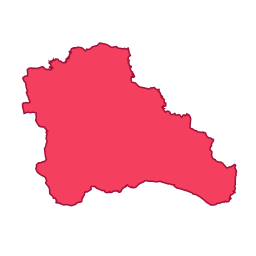 Wajo, Sulawesi Selatan, Indonesia, rotated 82°
{"feature_id": "22746128B4429389080756", "entity_name": "Wajo", "entity_type": "district", "adm_level": 2, "iso_a3": "IDN", "parent_name": "Indonesia", "parent_adm1": "Sulawesi Selatan", "projection": "albers", "projection_center": [120.188, -3.968], "detail": "fine", "context": "isolated", "style": "filled", "palette": "rose", "viewbox_px": 256, "rotation_deg": 82, "n_neighbors": 0, "source": "geoboundaries", "source_scale": "gbopen_adm2", "svg_char_len": 5799}
<svg xmlns="http://www.w3.org/2000/svg" viewBox="0 0 256 256"><g transform="rotate(82 128 128)"><path d="M192.1,209.5L192.5,207.4L193.2,206.3L193.1,205.3L193.7,205.1L195.1,202.9L195.5,198.4L196.7,196.2L197.0,194.4L196.4,191.0L196.0,190.0L195.2,189.8L195.2,188.7L194.8,187.3L194.4,187.0L194.8,186.2L194.7,184.7L194.0,183.9L192.3,183.6L191.6,183.0L191.0,183.1L190.4,182.2L189.3,181.7L188.3,180.6L186.1,180.0L185.1,178.9L185.6,178.5L185.6,177.4L183.9,173.4L183.3,172.9L181.5,173.2L180.9,172.5L181.2,168.8L182.1,168.6L182.5,168.2L182.4,167.8L183.3,167.4L186.6,161.8L186.5,160.3L187.9,159.8L188.9,158.8L189.2,156.1L188.5,155.2L189.2,154.8L189.5,153.7L189.1,152.0L188.3,151.2L188.7,149.7L188.7,148.9L188.3,148.4L189.2,147.3L189.2,146.3L190.0,146.4L190.5,145.1L189.9,143.9L188.3,142.8L187.9,142.8L187.1,141.4L186.7,141.3L185.9,138.5L185.5,137.8L184.7,138.1L184.3,136.6L185.2,136.1L187.2,133.7L187.4,132.6L187.0,132.2L187.6,132.1L187.8,131.7L188.0,129.6L187.5,128.1L185.3,125.4L184.3,123.0L183.4,119.8L182.6,118.7L182.7,117.4L183.8,114.0L184.0,112.8L183.8,112.6L185.2,107.7L185.4,105.2L185.0,103.6L185.8,102.9L189.1,95.7L189.0,94.9L190.5,91.8L190.7,89.9L192.0,90.3L194.2,88.0L195.9,83.6L197.7,80.3L198.1,79.1L197.9,78.7L198.2,78.7L201.2,73.5L202.4,72.8L203.3,70.0L206.1,66.4L209.5,63.0L212.8,60.3L214.7,57.7L215.5,57.2L216.0,55.8L216.1,53.6L216.0,51.5L215.2,50.7L215.1,47.3L214.5,44.9L214.8,42.9L214.0,41.8L214.7,41.4L215.0,39.1L214.4,38.1L212.4,37.1L213.3,36.3L212.7,36.5L212.1,37.2L211.9,36.4L212.3,36.2L212.1,35.8L211.7,36.1L211.9,37.1L211.6,36.6L211.8,37.1L210.7,36.9L209.4,35.8L208.6,35.8L208.0,33.5L207.0,32.1L206.8,31.0L205.9,31.1L206.1,31.5L205.5,32.2L205.5,31.9L204.8,31.7L204.6,31.1L203.1,30.2L202.3,30.1L201.5,30.6L201.0,30.4L200.5,30.7L199.0,29.5L196.8,29.4L190.6,28.2L189.5,27.4L187.3,27.4L187.0,26.8L185.1,26.7L182.2,27.8L180.1,26.6L178.9,27.4L180.8,31.5L180.6,32.9L181.3,34.7L181.1,36.0L175.7,39.5L174.6,41.0L174.4,43.0L172.8,45.6L171.6,45.9L170.2,48.2L166.5,49.2L165.5,48.6L163.1,48.2L161.7,49.4L160.6,49.8L158.6,49.2L157.4,47.7L155.8,47.7L155.0,47.3L152.3,45.0L151.2,45.0L150.7,46.4L149.4,47.6L149.2,48.7L148.0,50.6L145.8,51.6L144.0,51.8L143.5,52.2L143.4,53.7L142.7,53.7L142.3,56.9L141.6,59.2L140.0,61.0L140.2,61.5L140.0,62.0L137.9,64.2L137.1,66.1L136.3,66.5L135.3,66.4L127.6,64.6L125.4,65.0L123.6,65.8L123.6,66.5L122.9,66.7L122.2,67.8L123.0,68.3L123.1,68.9L123.7,69.1L123.9,69.7L122.9,70.6L122.9,71.7L124.6,73.0L124.9,73.6L122.1,75.1L121.8,76.2L122.1,77.8L121.7,79.0L120.1,79.6L120.9,82.3L120.6,83.6L120.0,84.0L118.6,84.2L117.3,85.1L116.8,86.7L116.9,87.7L117.6,88.5L117.2,89.1L114.7,90.3L114.1,90.1L113.8,89.5L113.3,90.8L112.2,91.2L112.5,90.3L111.3,90.5L110.8,89.8L111.6,89.8L111.3,87.5L108.5,87.2L108.3,88.3L106.3,88.6L105.4,88.1L103.9,88.7L103.5,89.8L102.0,89.6L101.9,90.6L101.1,89.9L100.0,91.2L98.9,90.9L98.4,91.4L97.6,91.3L96.5,92.1L96.2,92.7L95.8,92.1L94.1,91.9L94.0,94.2L93.2,95.2L91.5,96.3L91.7,98.7L91.4,100.1L92.5,101.2L89.5,109.1L89.3,110.2L88.2,111.7L84.4,114.5L83.7,116.2L83.7,117.0L83.1,117.8L81.0,118.4L79.2,117.8L78.0,117.8L78.6,115.3L77.7,114.4L76.7,114.8L77.1,115.7L76.7,116.2L76.0,116.1L75.7,115.1L75.1,115.1L74.7,115.5L74.6,116.1L73.4,115.7L71.9,117.0L68.6,117.6L67.9,117.4L68.1,116.3L67.4,116.2L66.4,118.0L63.4,118.1L63.2,118.6L62.8,118.0L61.1,117.4L60.7,118.7L57.1,117.4L56.7,115.5L53.6,116.4L49.2,116.6L49.5,117.1L49.2,117.4L49.9,117.8L49.1,119.7L48.7,120.0L48.8,122.4L47.9,124.9L47.8,126.3L45.7,128.2L45.9,132.5L45.6,133.5L43.2,136.3L41.8,138.6L39.9,144.2L42.1,147.1L42.6,151.9L44.8,155.1L44.5,156.6L44.7,157.0L44.1,157.7L45.7,159.4L42.4,162.3L41.9,163.2L41.2,165.5L41.0,166.9L41.4,168.1L41.0,170.0L41.3,170.1L41.1,170.4L41.5,170.7L41.2,171.7L41.9,173.2L43.9,173.8L44.1,174.3L43.9,174.6L44.4,174.8L44.4,175.5L45.1,175.4L45.7,174.8L45.4,174.3L45.7,173.8L46.1,174.4L46.4,174.4L46.5,175.1L47.2,175.8L48.8,176.0L48.8,176.7L49.9,177.7L50.1,177.6L50.0,176.6L50.7,176.8L50.7,177.2L51.2,177.1L51.2,177.7L50.5,178.4L50.8,179.3L51.5,179.1L52.0,180.0L53.3,179.5L53.2,180.0L54.0,180.3L53.8,180.8L54.6,180.9L54.2,182.2L54.5,182.5L54.4,183.1L53.4,184.8L52.6,185.1L52.0,187.0L50.4,187.7L49.9,188.6L49.6,190.1L50.0,190.8L50.6,190.8L50.9,191.5L50.4,192.3L49.9,192.4L50.8,192.8L50.6,193.8L51.2,194.3L52.1,194.3L52.1,194.9L51.5,195.0L51.1,195.6L51.3,196.0L51.7,195.8L52.0,196.0L51.4,196.5L52.2,196.4L52.5,196.9L52.9,196.1L53.1,196.1L53.1,196.5L53.3,196.6L54.0,195.7L56.4,195.6L56.7,196.4L56.6,197.1L57.2,197.3L58.2,196.0L58.3,195.4L57.5,195.5L57.9,195.1L57.6,194.9L57.5,194.2L58.1,194.1L58.3,194.4L57.8,194.5L58.4,194.6L59.8,196.6L59.5,197.7L58.7,198.3L58.9,199.6L57.8,202.3L56.6,202.7L55.4,203.9L55.7,206.4L56.3,208.3L56.1,208.6L56.3,210.7L55.7,212.0L56.0,213.7L55.4,214.2L55.1,215.4L55.1,217.9L56.2,219.6L60.5,219.8L62.5,220.4L62.7,220.9L62.3,221.9L62.6,223.2L63.4,224.8L64.3,225.2L67.4,224.3L68.9,223.1L73.8,223.1L77.5,222.4L78.5,223.7L79.3,223.7L80.6,223.1L81.7,223.2L82.8,222.5L85.3,222.3L88.4,221.4L89.1,222.1L89.2,223.6L88.6,225.5L88.9,226.9L88.6,227.9L89.5,229.1L92.4,229.4L96.6,228.9L99.1,228.9L98.4,224.7L99.4,222.4L99.0,220.9L100.1,216.9L100.7,216.8L102.4,217.4L104.3,217.2L107.6,218.4L111.0,217.1L114.0,215.6L114.8,213.7L115.5,210.6L117.4,210.0L118.1,209.0L118.9,209.0L119.9,208.0L120.3,209.3L120.8,209.7L123.1,209.0L123.9,209.8L125.3,209.9L127.2,210.6L128.6,210.0L131.0,210.3L132.4,211.4L134.0,211.6L137.0,213.6L145.3,213.7L147.5,213.1L149.5,215.2L149.5,217.2L150.3,219.3L150.0,221.2L151.3,223.3L152.0,223.9L153.5,223.9L155.0,224.8L155.8,224.9L158.3,224.2L160.1,223.2L163.1,219.8L164.5,217.5L165.9,216.6L168.7,215.9L170.6,217.1L171.3,217.1L175.1,214.9L177.1,214.2L182.2,214.6L185.5,211.8L186.9,211.8L187.3,211.3L187.0,210.7L187.2,210.1L189.3,208.9L189.7,209.1L189.8,208.8L190.6,208.7L191.5,209.7L192.1,209.5Z" fill="#f43f5e" stroke="#9f1239" stroke-width="1.5"/></g></svg>